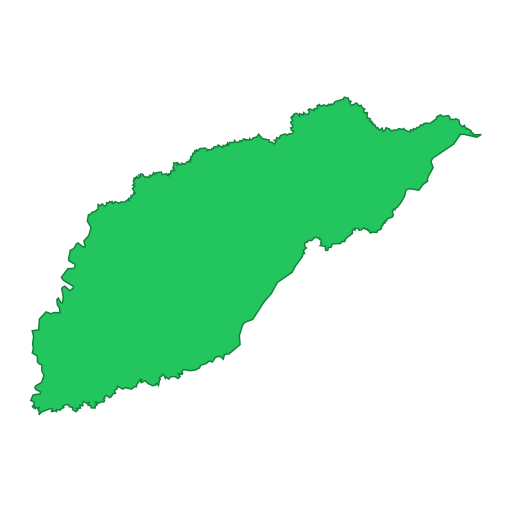 Moei Wadi, Roi Et, Thailand
{"feature_id": "78962969B61419736796761", "entity_name": "Moei Wadi", "entity_type": "district", "adm_level": 2, "iso_a3": "THA", "parent_name": "Thailand", "parent_adm1": "Roi Et", "projection": "mercator", "projection_center": [104.111, 16.372], "detail": "fine", "context": "isolated", "style": "filled", "palette": "green", "viewbox_px": 512, "rotation_deg": 0, "n_neighbors": 0, "source": "geoboundaries", "source_scale": "gbopen_adm2", "svg_char_len": 6018}
<svg xmlns="http://www.w3.org/2000/svg" viewBox="0 0 512 512"><path d="M88.5,214.7L87.3,221.0L91.1,227.6L88.8,235.5L83.9,241.0L85.3,246.6L83.0,246.9L78.0,242.9L76.3,243.9L73.9,248.6L70.3,250.2L68.5,259.6L69.3,261.1L74.9,264.2L75.2,266.4L73.6,268.4L67.9,268.7L61.3,277.4L63.7,280.5L73.1,286.2L73.4,287.9L69.9,290.8L64.8,286.2L62.3,287.5L61.7,288.9L63.3,297.0L62.5,303.0L60.8,302.8L58.4,298.1L56.9,299.5L57.4,304.9L59.5,308.0L60.0,312.7L54.0,312.5L51.2,313.8L46.0,311.9L39.4,319.1L38.7,329.9L32.2,330.7L33.6,336.5L32.6,344.0L33.4,348.5L32.3,353.0L37.4,356.1L37.4,361.9L39.0,363.8L41.8,364.7L41.9,371.2L44.0,375.2L41.6,382.4L35.7,385.9L34.9,387.7L36.2,389.7L40.4,391.8L40.3,393.9L33.2,394.9L30.7,400.5L34.0,402.0L34.0,404.5L32.4,406.5L33.5,407.8L34.3,406.8L35.2,408.5L35.9,407.2L37.5,408.5L39.1,407.5L38.2,410.3L39.7,411.6L38.9,414.8L41.5,412.0L50.7,408.4L52.3,409.3L51.3,410.7L51.9,411.7L54.6,410.7L56.5,411.5L56.7,409.7L60.5,410.1L60.9,408.9L63.8,407.6L62.9,406.1L65.5,404.8L68.6,404.7L69.1,406.6L72.8,407.6L72.5,409.6L76.0,411.7L77.9,409.9L76.5,408.5L80.5,408.1L79.8,405.4L82.8,405.8L82.7,402.7L84.0,401.4L86.8,403.5L88.9,402.5L87.9,405.1L90.4,405.7L91.3,407.9L95.1,408.0L95.2,405.9L97.2,404.8L95.5,402.1L99.0,403.2L100.6,401.9L103.8,402.0L104.6,400.4L103.6,399.1L104.9,398.1L104.4,397.0L106.3,395.3L109.5,397.6L111.1,396.9L113.1,393.7L115.5,393.2L114.3,390.2L117.0,389.0L117.3,386.3L122.9,389.1L125.1,387.6L131.6,389.1L134.3,386.8L136.4,386.8L136.7,384.5L140.9,379.1L141.9,380.0L140.8,381.5L141.2,382.7L145.3,380.8L148.0,383.5L152.8,385.7L155.6,385.2L156.8,383.2L158.5,385.5L159.4,380.3L160.4,379.4L159.3,377.6L161.8,376.1L162.6,374.4L163.9,375.0L165.4,378.4L166.3,377.1L168.8,379.1L170.7,376.8L174.9,376.5L178.1,378.6L180.1,376.5L178.4,373.8L182.1,374.4L182.7,373.0L181.6,372.1L183.3,369.5L190.1,370.7L195.8,369.9L199.5,367.9L200.8,365.1L206.2,363.6L209.0,361.1L212.4,362.0L214.9,358.1L217.4,356.4L220.6,356.7L223.3,359.2L224.4,354.5L229.1,353.8L240.1,344.5L239.3,335.7L242.5,325.4L244.6,322.4L252.6,319.5L264.2,301.7L271.3,293.6L277.3,282.5L292.3,272.1L295.3,266.2L302.3,256.6L303.4,252.8L304.4,253.3L303.4,250.4L306.4,247.9L304.6,246.2L304.9,242.5L307.2,242.3L308.2,240.5L311.6,240.6L314.8,237.3L319.7,238.2L319.4,239.4L321.0,240.0L321.4,241.7L320.6,242.8L321.4,244.3L320.2,245.6L325.3,246.4L325.5,250.2L326.6,250.6L328.0,249.9L328.2,247.7L331.0,247.3L332.5,243.8L340.3,243.6L342.3,241.5L344.7,241.6L346.1,238.2L352.4,233.5L352.3,230.9L354.0,228.8L355.0,230.0L355.6,228.3L358.5,228.5L359.0,230.2L361.8,229.7L363.4,227.8L365.4,229.3L367.0,228.8L367.7,230.3L369.0,230.1L369.1,231.7L370.9,233.1L371.9,232.1L376.9,232.4L377.4,230.7L381.4,228.9L381.3,226.3L382.6,225.7L383.6,223.0L385.1,223.0L384.8,221.2L386.1,221.2L387.5,218.8L392.4,217.0L393.4,214.9L392.3,212.6L393.3,209.5L395.1,209.6L394.8,208.8L397.3,207.2L400.9,202.7L404.7,195.9L405.9,190.3L409.0,188.6L418.9,190.2L422.8,184.7L427.7,181.1L427.2,179.5L428.4,176.3L433.1,167.6L430.9,161.4L432.8,158.1L453.7,144.1L460.2,134.5L463.9,134.3L476.8,137.2L481.3,134.5L473.5,134.9L473.3,133.3L470.7,132.4L471.2,130.8L467.0,128.3L466.1,128.8L464.2,125.3L462.7,126.9L459.7,124.4L458.9,120.1L455.8,118.7L454.0,119.7L449.7,118.9L449.6,116.8L448.3,115.6L442.9,116.5L440.5,114.9L436.8,116.8L436.2,119.0L430.0,123.4L425.3,123.2L423.3,124.0L422.7,125.4L420.7,124.9L419.0,127.4L416.7,127.6L415.8,129.4L413.4,128.6L412.8,130.6L410.6,129.8L410.2,131.7L406.7,131.1L403.5,128.5L402.8,129.5L398.6,128.6L396.7,130.5L394.7,129.8L391.5,131.1L389.5,129.0L386.0,127.8L384.9,130.5L383.0,131.5L382.2,128.1L379.4,130.3L377.7,127.5L376.3,128.1L374.9,124.9L372.5,124.3L373.1,123.2L371.1,122.5L371.7,121.3L369.6,121.0L370.4,118.9L366.9,117.5L367.4,112.6L364.5,112.8L363.5,111.0L364.8,108.9L362.4,108.0L361.1,105.3L359.0,105.8L356.5,103.0L351.4,105.5L349.7,103.0L351.1,101.5L348.7,100.4L348.3,98.2L344.3,97.2L343.2,99.2L335.4,101.5L332.3,104.8L331.0,104.0L329.9,105.2L328.5,104.2L326.8,106.3L324.5,104.9L319.8,106.1L319.5,104.5L317.1,105.6L317.4,108.4L314.2,108.7L314.1,110.6L309.4,108.9L308.1,110.0L309.3,111.3L308.6,114.1L306.0,114.4L303.6,112.6L303.2,115.0L299.7,113.7L299.6,116.2L297.0,113.4L295.0,113.5L292.9,115.4L293.2,116.9L291.6,116.7L291.0,117.7L292.8,120.6L290.6,122.5L293.0,126.0L292.7,127.2L290.6,127.9L291.6,130.5L293.7,131.0L292.5,133.6L288.8,133.9L287.3,135.2L285.1,133.9L280.5,135.5L279.0,138.5L276.6,137.7L276.3,140.2L274.3,140.3L276.0,142.2L274.5,144.0L272.1,142.2L269.6,142.2L269.2,140.0L262.5,138.6L258.6,134.2L256.8,137.1L253.5,137.7L252.0,139.4L250.3,139.9L249.8,138.8L249.5,140.1L246.3,139.6L245.3,140.5L244.8,139.0L243.4,139.0L241.5,141.5L240.2,140.5L238.3,142.5L235.9,142.1L234.6,140.5L234.0,142.6L229.7,142.4L228.8,144.8L227.6,143.0L227.2,145.4L226.2,144.7L224.3,146.2L223.2,145.4L222.5,147.4L218.1,145.0L218.1,146.5L214.0,146.8L213.3,148.8L212.0,148.5L211.1,150.2L209.2,149.5L207.2,150.7L207.1,149.4L204.9,148.0L199.7,148.7L197.6,151.1L196.3,149.4L196.7,151.1L194.7,150.8L195.0,153.2L192.9,153.2L192.3,156.2L191.0,156.5L190.5,159.2L191.2,159.8L189.4,160.2L190.2,161.8L187.4,161.6L184.7,164.3L181.8,163.2L182.1,164.2L180.0,164.9L178.7,163.6L177.6,164.5L178.1,163.2L177.2,162.5L175.6,163.3L173.1,162.6L174.4,163.6L172.9,167.9L174.5,169.2L174.4,170.7L172.2,170.1L172.0,171.1L170.8,171.1L170.8,173.8L168.5,173.9L168.8,175.7L167.5,175.5L166.4,173.7L162.3,174.7L161.3,172.0L156.2,172.7L155.2,174.5L153.7,172.6L151.9,175.7L149.8,175.3L150.2,176.5L148.9,177.5L147.4,176.7L145.8,177.4L143.5,176.0L143.3,174.6L140.8,173.9L140.6,176.0L139.0,175.1L139.6,177.1L138.3,178.2L137.0,176.4L135.4,178.9L135.1,177.7L134.2,178.2L133.3,181.5L134.5,183.5L132.8,185.1L134.9,186.3L132.5,188.4L134.1,190.8L133.8,193.0L135.0,192.8L135.1,193.8L130.9,195.8L131.7,197.4L128.7,198.5L129.2,200.5L127.7,199.7L124.9,202.0L120.5,202.0L119.6,203.3L115.0,201.7L113.2,203.6L112.0,201.5L111.0,202.5L109.9,201.5L108.3,202.9L106.7,202.6L106.8,204.0L104.9,206.5L102.2,203.9L99.9,205.7L98.1,204.5L98.1,208.7L95.5,211.1L91.7,212.5L91.0,214.1L88.5,214.7Z" fill="#22c55e" stroke="#15803d" stroke-width="1.5"/></svg>